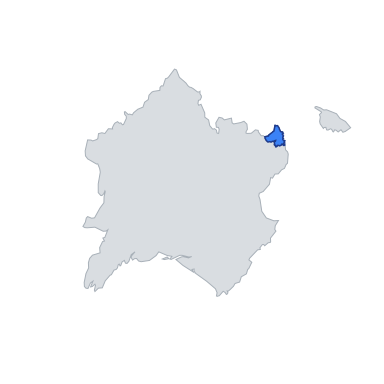 where Alpes-Maritimes sits in France, rotated 295°
{"feature_id": "FRA-5266", "entity_name": "Alpes-Maritimes", "entity_type": "Metropolitan department", "adm_level": 1, "iso_a3": "FRA", "parent_name": "France", "parent_adm1": "", "projection": "equal_earth", "projection_center": [7.102, 43.917], "detail": "fine", "context": "in_parent", "style": "filled", "palette": "blue", "viewbox_px": 384, "rotation_deg": 295, "n_neighbors": 0, "source": "natural_earth", "source_scale": "10m", "svg_char_len": 5733}
<svg xmlns="http://www.w3.org/2000/svg" viewBox="0 0 384 384"><g transform="rotate(295 192 192)"><path d="M286.6,156.7L284.4,157.7L283.0,159.9L281.6,160.5L279.0,160.5L277.8,159.1L274.7,160.0L273.4,161.4L275.3,163.1L269.1,170.1L265.2,172.0L264.3,176.6L259.7,180.0L257.9,183.7L257.8,184.4L258.9,185.6L258.4,188.0L256.1,189.6L256.1,191.1L256.7,191.3L260.3,190.1L261.7,188.7L261.0,186.7L264.6,184.4L271.1,184.9L271.8,188.1L271.0,190.8L275.6,196.5L271.6,199.2L271.3,201.0L275.5,206.8L278.1,209.2L276.7,213.1L272.3,215.7L269.4,215.5L268.2,216.1L268.4,217.3L270.3,220.9L275.1,223.2L275.8,225.9L274.5,226.8L272.2,230.9L273.2,232.9L272.8,233.8L273.3,235.2L274.6,236.6L281.2,240.1L287.2,239.4L288.0,241.4L284.3,246.8L284.5,249.2L282.7,249.2L282.4,250.1L278.6,251.9L272.6,257.3L269.8,258.9L268.7,261.7L267.0,263.2L258.4,266.4L256.7,265.7L252.5,265.8L249.9,263.8L244.9,262.5L243.3,259.6L238.6,259.1L238.3,257.2L231.7,258.9L222.5,256.3L219.3,253.5L216.6,254.2L214.1,256.7L204.0,263.4L199.9,270.3L200.5,278.4L202.7,282.4L196.6,281.7L193.0,282.9L192.0,284.6L183.4,282.6L180.1,284.3L179.3,284.2L178.2,282.5L174.0,280.6L174.7,279.2L174.1,278.0L170.2,277.1L168.8,278.2L167.3,275.9L156.3,272.2L154.5,272.3L153.6,275.9L146.4,275.8L145.4,275.2L140.8,275.9L136.0,272.5L130.5,273.2L127.3,269.7L124.0,269.4L119.5,267.7L117.4,266.7L117.2,265.7L115.8,267.2L114.1,266.9L113.7,266.4L114.9,264.5L115.2,262.2L109.6,260.6L108.1,258.9L108.1,258.1L111.3,257.3L114.2,254.2L117.3,243.0L119.8,229.7L121.3,227.2L123.1,226.5L121.8,224.7L120.0,227.1L121.6,215.0L124.0,206.0L128.6,209.7L129.7,211.3L130.8,216.7L133.4,219.0L131.8,216.8L130.4,209.6L129.4,207.6L122.1,201.6L121.9,200.3L125.2,201.0L124.0,196.5L123.7,187.2L119.1,186.3L112.0,182.4L107.3,175.3L106.9,172.7L108.3,169.9L107.3,168.1L105.2,166.9L107.0,164.5L108.5,164.2L113.7,165.6L109.5,163.4L102.5,164.1L99.8,163.3L99.4,161.7L101.4,159.6L99.1,158.2L95.1,158.5L94.6,158.0L95.9,156.5L94.9,155.9L91.7,156.5L89.8,156.0L88.2,154.3L83.0,153.9L81.9,152.9L74.8,150.9L67.2,151.2L65.3,147.8L60.8,146.1L61.8,145.0L66.5,144.0L67.4,143.0L64.2,141.6L63.1,140.2L69.3,139.9L66.6,138.4L60.6,138.5L60.0,136.5L60.9,134.4L64.5,132.5L73.2,130.4L79.5,130.4L84.1,128.0L88.6,127.3L92.7,128.5L98.0,134.4L102.6,131.8L109.3,131.9L110.6,133.4L112.6,130.7L114.0,132.2L122.2,131.7L120.3,130.7L118.9,128.1L119.1,118.9L115.3,112.2L114.4,109.8L114.7,107.7L119.6,108.1L123.7,107.2L125.6,107.8L125.8,112.1L127.4,114.6L138.6,115.4L145.0,116.7L150.6,114.3L155.7,113.2L156.2,112.6L153.2,112.8L150.6,111.8L150.3,110.7L151.8,107.3L159.7,103.6L171.2,100.5L174.2,98.4L177.7,94.7L177.0,93.7L177.9,83.5L179.7,80.2L184.1,77.8L195.1,75.4L196.4,78.6L196.3,80.4L199.1,83.3L200.5,84.1L205.4,82.6L207.6,85.3L208.2,88.3L214.0,89.5L215.6,93.4L216.7,92.6L220.3,92.7L222.0,93.1L224.3,94.8L223.6,97.1L224.6,98.3L223.5,100.5L224.2,101.4L230.9,101.4L232.9,100.4L233.9,98.2L235.9,96.9L236.6,97.3L235.3,101.4L236.2,102.4L236.7,105.3L239.2,105.6L244.1,107.9L248.2,111.7L253.3,111.1L257.3,113.3L261.5,112.1L265.4,113.3L266.8,114.4L270.5,119.9L273.3,118.8L275.3,119.4L275.9,121.0L283.5,120.1L284.8,121.6L286.4,122.2L296.0,124.2L296.1,126.3L290.6,132.1L288.2,140.5L286.6,143.3L286.0,145.5L286.4,147.0L286.2,149.3L285.0,154.7L285.7,156.3L286.6,156.7ZM322.5,273.0L322.0,276.7L323.4,279.3L324.0,289.9L321.2,295.0L320.8,301.2L317.3,308.6L311.6,305.3L309.9,303.5L311.4,300.7L308.2,299.1L308.9,296.4L308.6,295.0L306.3,294.9L306.2,294.2L307.8,292.1L307.8,290.8L305.6,289.1L305.2,287.7L307.2,286.0L306.3,284.5L305.1,284.2L307.9,279.4L309.8,277.9L314.2,276.6L316.0,274.8L318.8,275.8L319.3,275.3L320.2,267.8L321.2,267.6L322.1,268.7L322.5,273.0ZM122.6,197.0L121.8,199.2L119.1,195.5L118.8,193.5L122.6,197.0Z" fill="#d9dde1" stroke="#a8b0b8" stroke-width="1"/><path d="M288.2,241.2L288.3,241.4L288.2,241.8L288.0,242.1L287.8,242.3L287.6,242.5L287.4,242.8L287.3,243.3L287.1,243.6L286.7,244.1L285.7,244.8L285.4,245.4L284.5,246.3L284.2,246.8L284.3,247.4L284.7,248.6L284.4,248.7L284.2,248.8L284.2,249.2L284.2,249.3L283.8,249.4L283.6,249.6L283.5,249.8L283.3,249.5L282.9,249.3L282.5,249.4L282.3,249.7L282.2,250.0L282.1,250.3L281.9,250.5L281.7,250.7L281.6,250.9L281.5,251.2L281.2,251.2L280.9,251.2L280.5,251.0L280.1,251.1L279.8,251.2L279.5,251.5L279.2,252.1L278.9,251.9L278.6,251.8L278.3,251.9L278.1,252.0L277.9,252.2L277.8,252.3L277.7,252.5L277.6,253.2L277.7,253.8L277.7,254.0L277.8,254.2L277.8,254.5L277.6,254.6L277.3,254.2L277.2,254.1L276.9,254.1L276.5,254.3L276.3,254.6L276.0,254.7L275.9,254.9L275.8,254.6L275.5,254.6L275.1,254.6L274.7,254.6L274.5,254.8L274.2,255.1L274.1,255.5L274.3,255.7L274.3,255.8L273.9,256.3L273.1,255.8L272.9,255.3L273.1,254.7L273.4,254.1L273.6,253.7L273.5,253.4L273.3,253.1L273.0,253.1L272.7,253.2L272.4,253.2L272.1,253.0L270.9,252.0L270.8,251.8L270.8,251.7L270.9,251.1L270.8,250.8L270.6,250.1L270.4,249.9L269.7,249.9L268.9,249.5L268.5,249.2L268.3,248.7L268.5,248.5L268.9,248.4L269.4,248.3L269.5,248.2L269.6,247.9L269.4,247.5L269.4,247.3L269.4,247.0L269.5,246.8L269.7,246.6L269.8,246.5L270.6,246.5L270.9,246.3L271.4,245.7L271.6,245.6L271.9,245.5L272.2,245.6L273.2,246.1L273.5,246.1L274.1,246.0L273.6,245.4L272.5,244.6L271.8,243.3L271.1,243.0L270.6,242.5L270.6,241.6L270.4,241.0L269.9,240.4L269.4,239.7L269.6,238.8L270.1,237.4L270.4,237.0L270.9,236.5L271.4,235.6L271.8,235.3L272.5,235.0L272.9,234.7L273.2,235.1L273.4,235.3L273.6,235.8L273.7,236.0L273.9,236.2L274.3,236.4L274.4,236.6L274.6,236.9L274.6,237.1L274.7,237.3L274.9,237.5L275.1,237.6L275.4,237.6L275.6,237.5L275.8,237.5L276.1,237.5L277.2,238.1L277.9,238.4L279.9,239.5L280.3,239.7L280.8,239.7L281.0,239.8L281.2,240.0L281.3,240.2L281.5,240.4L282.4,240.4L285.7,239.5L286.2,239.5L287.0,239.0L287.6,239.1L287.3,239.9L287.6,240.4L288.0,240.8L288.2,241.2Z" fill="#3b82f6" stroke="#1e3a8a" stroke-width="1.5"/></g></svg>